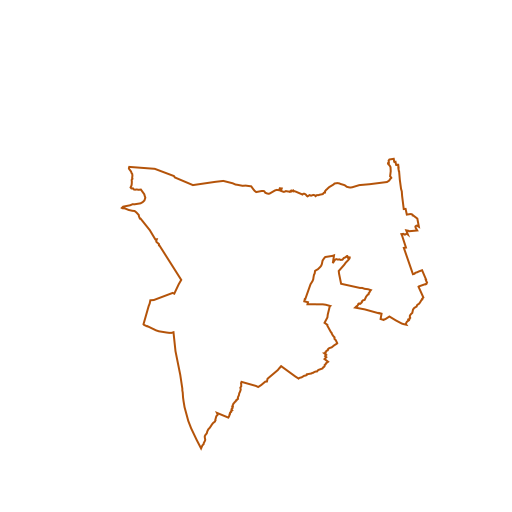 the district of Acajete, Puebla, Mexico, rotated 229°
{"feature_id": "50627088B33584621576624", "entity_name": "Acajete", "entity_type": "district", "adm_level": 2, "iso_a3": "MEX", "parent_name": "Mexico", "parent_adm1": "Puebla", "projection": "orthographic", "projection_center": [-97.961, 19.1], "detail": "fine", "context": "isolated", "style": "outline", "palette": "amber", "viewbox_px": 512, "rotation_deg": 229, "n_neighbors": 0, "source": "geoboundaries", "source_scale": "gbopen_adm2", "svg_char_len": 6155}
<svg xmlns="http://www.w3.org/2000/svg" viewBox="0 0 512 512"><g transform="rotate(229 256 256)"><path d="M231.6,423.2L231.9,422.9L231.7,422.3L232.8,421.5L235.6,423.1L236.1,422.1L236.4,422.1L239.0,423.7L241.3,420.0L241.2,419.5L241.0,418.7L239.1,417.4L239.5,416.7L239.1,416.2L238.4,416.1L237.2,416.2L236.0,416.1L234.8,415.8L231.6,413.3L228.2,409.5L226.4,409.5L226.2,409.4L226.0,407.3L225.6,406.3L225.6,405.5L225.9,403.4L235.6,388.9L241.7,380.5L244.8,373.6L245.8,372.1L246.7,371.3L248.7,369.9L250.8,369.5L251.9,369.0L255.0,367.0L256.0,366.6L257.6,365.3L258.7,363.6L259.2,362.8L259.1,361.4L260.0,356.3L259.9,355.2L260.0,354.4L259.8,353.6L259.9,352.3L259.6,351.2L259.6,350.5L258.6,349.7L259.2,348.6L258.9,347.0L260.5,344.2L260.9,343.1L262.0,341.9L262.1,340.2L263.3,340.2L264.5,339.3L265.4,337.1L266.8,336.4L267.2,334.0L268.1,333.8L269.1,333.9L270.1,333.8L271.3,333.3L271.7,332.9L272.0,332.1L271.9,331.4L278.4,328.3L280.1,327.3L280.1,327.0L281.1,327.1L281.2,326.2L282.3,325.6L282.3,325.3L281.5,324.9L282.0,324.0L282.3,324.3L282.8,323.4L283.3,322.8L285.4,321.1L285.7,319.9L286.3,318.9L288.9,317.5L290.1,319.7L291.5,318.4L290.5,316.6L292.3,315.0L293.0,313.4L294.2,307.2L294.7,306.3L296.2,305.2L296.6,305.1L297.5,304.5L299.2,304.7L299.9,304.5L301.3,303.0L304.1,298.1L306.1,297.7L308.7,297.8L311.7,298.1L315.9,294.4L317.8,291.9L321.9,288.7L323.4,287.4L326.2,286.1L334.1,280.6L338.7,273.9L350.9,254.9L368.5,246.3L370.2,246.5L388.2,236.8L406.4,218.8L405.7,217.7L405.2,217.4L401.7,217.1L400.2,216.5L399.1,216.4L397.8,215.5L396.1,213.7L395.3,213.4L395.2,212.5L394.9,212.0L393.5,211.0L391.9,209.5L390.9,208.3L390.0,206.3L388.7,206.3L387.8,207.5L386.5,207.4L385.4,208.2L384.5,209.6L382.9,210.9L381.7,212.7L375.9,212.2L374.5,211.5L372.6,210.7L371.1,208.2L371.0,205.8L371.5,203.4L374.8,198.1L376.0,196.9L376.9,194.2L380.4,188.1L380.3,186.3L379.7,186.5L377.9,188.3L374.3,190.1L371.3,192.3L369.6,193.9L367.4,194.3L364.3,194.4L363.8,194.4L362.8,193.7L360.4,192.9L360.0,193.4L345.2,192.8L334.6,190.9L333.7,192.1L332.8,190.5L331.8,190.1L328.7,190.6L327.9,189.9L327.8,190.1L287.0,183.9L285.4,179.2L281.2,169.6L282.8,168.9L289.8,150.0L291.9,147.2L289.9,144.6L288.6,142.1L278.3,126.3L277.5,126.3L275.6,127.1L274.3,127.7L274.3,128.0L265.4,131.8L262.9,133.3L256.8,138.4L254.9,140.1L253.4,141.8L252.6,143.7L237.0,132.8L215.9,120.8L204.1,113.3L203.0,112.3L201.0,111.1L197.2,108.2L194.0,106.1L188.8,102.9L176.0,96.7L168.5,94.0L156.3,90.6L146.8,88.3L148.2,91.2L148.4,93.1L149.0,93.7L150.1,96.4L150.6,97.1L152.5,98.2L153.6,99.1L154.2,100.7L154.4,102.4L155.6,104.2L156.5,106.3L156.7,108.5L157.8,112.4L158.1,114.0L158.0,116.5L158.4,117.0L158.6,117.7L159.1,117.9L161.1,120.9L161.3,122.8L161.8,123.2L163.2,123.6L152.2,129.1L152.7,130.5L153.3,131.6L153.9,132.2L153.8,132.7L154.7,133.6L154.6,134.8L155.2,135.1L155.1,136.7L156.0,136.6L156.5,137.1L156.5,138.2L156.8,138.8L157.7,139.0L157.6,139.8L158.6,140.3L158.8,141.2L159.4,142.0L159.5,143.5L159.7,144.0L159.6,145.2L159.9,145.6L159.8,146.6L160.2,146.8L160.0,148.7L160.9,149.3L161.3,149.8L162.1,151.7L163.4,153.3L164.0,154.8L165.0,156.5L165.3,156.9L166.9,157.8L167.3,159.3L169.4,161.1L169.8,161.2L170.5,162.5L158.0,170.7L155.7,171.7L155.2,175.3L155.1,180.6L154.1,181.9L155.8,184.2L155.6,197.6L156.2,200.9L156.0,201.2L156.4,202.2L156.4,202.7L139.4,206.6L135.6,207.7L135.7,208.1L135.2,209.5L134.5,210.8L134.0,213.8L133.2,215.1L132.9,216.1L133.4,216.7L130.9,220.9L130.9,221.7L130.3,222.6L130.3,223.3L129.8,225.0L128.8,226.4L129.1,227.6L129.0,228.5L127.5,232.4L127.9,233.7L127.7,234.5L127.7,234.9L128.0,235.7L128.7,236.3L128.6,237.6L129.1,238.2L128.9,241.0L133.3,240.1L133.5,242.7L135.1,242.5L135.3,243.7L135.3,244.1L137.8,243.7L137.5,244.2L137.3,245.0L137.8,245.2L137.7,245.7L138.2,246.9L137.8,248.1L138.1,248.5L138.0,248.9L138.5,249.5L138.4,250.9L137.4,253.2L137.3,256.5L136.8,259.4L136.9,260.1L140.2,261.0L141.7,260.8L142.9,261.5L143.1,261.9L144.8,261.8L146.5,262.0L148.1,262.4L148.5,262.7L149.5,262.6L156.4,264.1L157.1,264.4L157.3,264.7L160.6,263.9L162.8,269.6L164.7,271.7L169.1,277.9L169.6,278.7L169.6,279.2L173.4,276.7L175.7,274.7L185.8,263.2L187.0,264.9L190.1,262.7L191.5,264.6L191.2,265.0L198.9,278.6L200.0,282.2L200.8,283.8L202.9,286.3L203.8,287.5L204.3,288.8L206.0,290.8L205.8,292.3L205.4,294.0L205.6,297.3L205.9,298.8L206.7,300.4L208.9,303.3L209.6,306.0L209.8,307.6L205.9,313.8L205.3,315.3L200.2,309.3L201.3,312.8L201.2,313.8L201.0,314.4L200.8,314.7L199.6,315.4L198.6,316.9L197.8,317.1L196.6,318.5L196.5,319.0L196.9,320.9L196.4,322.3L196.3,324.6L196.1,324.9L195.5,324.8L194.9,324.2L194.4,324.2L194.2,325.1L193.5,325.8L193.2,325.6L192.8,324.9L192.4,323.0L192.1,319.3L191.5,316.9L190.4,308.6L188.2,307.1L179.2,302.0L163.7,313.5L162.2,315.2L159.9,316.5L157.5,318.7L154.9,320.3L154.6,318.7L154.3,318.3L154.0,317.3L154.0,316.7L153.2,315.8L153.5,314.9L153.1,312.5L151.6,309.2L152.4,307.5L152.2,306.7L152.3,306.1L151.6,305.5L151.5,303.3L151.7,302.9L152.0,302.7L152.4,302.8L152.7,302.4L152.7,301.7L152.2,301.0L151.8,299.6L152.1,299.1L152.0,297.0L144.3,303.1L131.9,311.3L132.1,311.6L130.1,312.9L126.7,308.7L124.1,310.3L124.3,310.6L123.5,312.1L122.8,317.0L115.6,319.3L109.4,321.7L107.9,322.6L105.6,324.3L106.5,324.4L107.4,326.8L107.2,328.8L107.7,328.7L108.2,329.1L108.3,329.4L107.6,330.2L107.7,330.5L108.0,330.9L108.1,331.6L108.5,331.6L108.7,332.1L109.3,332.3L110.1,333.1L110.5,335.0L110.5,336.6L112.6,339.4L113.0,341.4L112.5,344.1L113.2,345.2L113.2,346.6L113.0,347.4L113.1,348.3L113.5,349.9L114.2,351.9L114.1,353.0L114.7,353.3L114.9,355.1L126.2,358.5L126.2,359.0L123.6,365.5L123.3,365.5L123.1,366.3L123.9,367.8L124.7,367.8L126.8,368.6L126.7,368.9L136.3,372.0L137.5,368.8L138.0,366.9L138.5,366.0L138.8,364.7L138.6,364.0L139.3,362.5L165.1,372.9L164.0,374.7L175.5,379.6L177.1,380.1L176.0,381.8L175.6,382.0L175.0,381.9L174.4,382.4L174.1,384.0L173.7,384.5L172.6,384.7L176.8,386.2L175.0,387.6L174.3,387.7L169.5,394.4L172.6,395.0L173.7,395.7L173.7,396.7L173.4,397.4L171.2,398.1L178.4,402.3L183.2,401.3L183.8,400.8L184.5,401.2L185.4,400.9L186.4,400.0L188.3,397.0L193.4,399.8L194.5,398.3L205.5,405.7L209.1,408.4L211.5,409.5L219.1,414.5L226.1,419.6L226.4,419.5L229.1,421.2L229.0,421.5L231.6,423.2Z" fill="none" stroke="#b45309" stroke-width="2"/></g></svg>